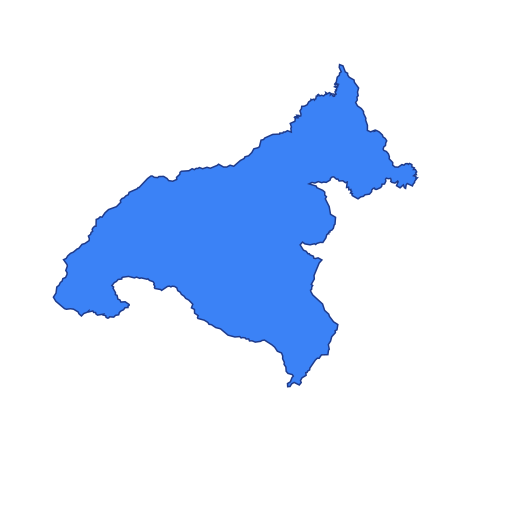 Pua, Nan, Thailand (Natural Earth projection), rotated 232°
{"feature_id": "78962969B90193228805954", "entity_name": "Pua", "entity_type": "district", "adm_level": 2, "iso_a3": "THA", "parent_name": "Thailand", "parent_adm1": "Nan", "projection": "natural_earth1", "projection_center": [100.983, 19.171], "detail": "fine", "context": "isolated", "style": "filled", "palette": "blue", "viewbox_px": 512, "rotation_deg": 232, "n_neighbors": 0, "source": "geoboundaries", "source_scale": "gbopen_adm2", "svg_char_len": 6142}
<svg xmlns="http://www.w3.org/2000/svg" viewBox="0 0 512 512"><g transform="rotate(232 256 256)"><path d="M371.6,102.1L365.4,101.8L364.1,101.0L361.7,97.2L359.2,96.9L357.8,95.7L356.3,92.7L357.1,89.9L355.6,87.8L355.6,85.5L354.2,82.8L354.2,79.9L349.9,75.6L348.3,71.0L343.6,70.4L332.4,72.7L330.8,73.8L328.7,77.3L326.4,79.5L321.4,81.4L319.5,80.9L316.2,81.5L316.7,84.9L315.6,88.4L315.8,90.6L314.9,89.8L313.1,93.6L311.5,93.3L310.2,94.8L308.9,94.2L307.0,94.7L304.0,100.2L303.6,99.2L301.5,100.8L300.0,100.1L298.4,100.8L297.9,101.7L298.2,103.2L295.4,106.3L295.7,108.8L294.2,111.6L295.6,113.5L295.8,115.9L295.2,118.5L295.9,121.0L294.2,123.4L295.3,124.3L295.2,125.6L295.9,126.2L300.5,124.7L302.9,121.2L305.2,121.7L307.1,120.6L310.5,122.3L312.1,121.4L313.6,122.7L318.6,123.5L319.2,124.7L321.4,124.2L322.3,128.0L321.9,130.3L322.4,132.9L320.5,136.0L321.5,137.1L321.3,138.0L318.4,143.0L313.6,146.7L312.9,148.9L310.0,150.6L309.5,152.0L304.8,155.8L304.6,156.8L302.4,157.0L299.2,159.1L297.0,158.9L296.5,157.9L294.5,157.7L293.6,156.4L292.6,156.4L288.3,160.2L287.0,160.4L286.5,167.5L285.6,169.2L284.0,169.9L283.8,171.4L282.1,173.1L279.7,174.0L276.9,173.0L274.1,174.0L271.7,173.6L268.5,174.6L265.9,174.5L262.7,175.9L256.9,176.5L254.9,173.2L251.8,174.6L248.8,172.4L244.7,173.7L243.4,171.9L242.5,171.8L237.3,175.7L233.3,177.2L231.1,176.9L229.4,178.6L224.4,180.2L220.5,183.2L210.9,185.2L205.2,189.5L202.5,193.6L200.6,193.8L199.9,195.4L198.0,197.1L196.6,197.1L195.2,199.2L193.1,198.6L191.6,200.7L188.6,202.4L185.9,207.1L185.8,208.6L184.6,210.9L176.1,213.9L172.7,214.6L167.8,214.2L163.9,216.4L160.8,215.5L158.6,213.7L154.8,212.9L153.3,211.4L150.1,211.2L146.6,208.8L143.8,208.9L140.2,211.6L138.4,211.5L138.0,209.5L135.7,205.6L136.1,202.3L133.5,200.5L132.2,202.5L133.3,205.3L132.9,208.2L127.7,210.7L128.4,213.7L130.5,214.4L131.7,217.3L131.1,222.0L133.4,223.4L132.8,224.6L133.5,225.9L133.2,228.1L134.5,229.4L137.5,238.8L137.7,241.4L136.5,242.8L137.8,246.7L134.0,251.9L137.2,255.2L137.4,256.3L141.7,258.5L143.0,262.3L145.8,266.0L146.7,271.4L148.4,272.3L148.0,274.4L151.6,278.3L156.4,276.6L163.2,276.7L165.4,277.5L170.9,276.6L177.2,278.9L190.4,276.7L194.2,277.3L195.5,277.9L195.5,279.3L197.4,281.0L197.8,282.5L199.6,282.1L202.0,287.8L204.9,289.7L211.6,301.5L212.3,305.5L216.3,303.8L217.5,301.1L218.8,300.2L220.5,301.1L223.6,299.3L225.0,299.4L225.6,298.4L228.9,298.4L231.4,297.0L237.6,297.6L238.3,301.2L235.4,302.0L231.5,305.5L229.7,309.6L228.3,310.1L228.5,311.5L227.2,315.0L225.5,317.0L227.2,322.2L229.2,324.8L229.3,326.7L228.8,327.0L230.0,327.9L229.4,329.0L230.3,329.9L229.7,331.7L230.2,334.0L232.4,336.8L232.4,337.8L237.5,342.5L243.0,340.4L249.9,344.1L258.4,345.8L259.3,348.0L261.7,347.7L264.0,349.5L266.7,349.0L272.4,346.0L274.0,346.5L280.2,342.2L279.5,345.4L277.2,347.4L276.3,350.9L273.3,352.9L272.6,354.9L270.8,356.6L270.2,361.2L271.3,362.4L271.4,364.7L270.5,366.0L267.0,366.7L266.3,367.9L263.9,367.7L261.9,370.7L258.7,371.6L258.1,373.4L254.2,369.5L253.2,371.3L251.0,369.9L250.0,371.7L249.0,370.9L248.1,371.2L247.5,369.2L245.8,370.4L245.3,369.3L244.2,369.1L238.2,371.6L238.1,375.0L236.9,377.3L237.1,379.6L234.9,383.5L235.5,386.7L236.8,387.9L237.1,390.0L236.5,391.2L235.2,390.9L234.2,392.1L233.2,396.4L233.7,398.2L235.0,399.4L233.6,401.6L235.1,404.5L236.8,405.3L237.1,406.6L235.4,407.9L234.3,409.8L232.5,409.2L231.9,408.1L230.4,408.4L227.9,410.4L227.8,413.8L227.0,413.7L224.9,410.0L221.0,411.5L221.3,415.9L218.4,415.0L217.2,415.5L219.5,418.0L220.0,419.8L214.9,422.4L216.1,424.5L216.2,426.1L217.2,426.9L218.3,431.1L218.9,430.0L220.3,431.0L222.2,429.6L222.3,431.2L221.4,432.5L223.2,432.9L223.3,434.4L226.0,434.8L227.2,433.3L228.0,435.0L230.2,433.7L232.1,435.1L234.5,433.9L234.4,432.5L235.4,432.4L236.7,430.7L236.5,428.5L238.2,427.3L238.5,422.7L240.6,420.3L243.4,419.6L245.5,421.3L250.6,420.8L252.1,422.2L254.9,423.2L258.0,423.1L260.6,421.7L262.0,422.0L263.4,424.1L263.3,426.0L265.3,427.9L266.2,429.9L269.1,430.2L271.6,429.4L273.6,430.1L277.8,429.5L280.8,428.2L281.4,426.2L282.0,427.0L283.3,422.7L286.4,421.1L290.4,424.3L295.7,426.1L296.9,427.4L302.1,428.5L303.7,429.7L307.3,429.8L311.7,428.4L315.6,429.0L316.6,431.9L319.1,433.4L319.4,435.2L322.7,436.9L325.2,440.3L332.3,440.5L334.4,441.6L339.4,439.5L342.1,439.6L343.6,440.7L346.1,439.7L352.3,441.6L355.4,439.7L353.4,437.7L348.7,436.6L348.7,434.5L347.1,433.0L346.9,430.1L343.6,426.3L343.0,423.8L342.2,423.8L342.0,425.7L340.8,426.5L341.0,425.1L339.9,425.6L339.0,424.3L341.0,422.9L341.0,422.1L339.0,423.2L337.6,422.0L337.8,420.9L336.8,421.0L336.7,419.3L334.2,418.7L334.3,417.9L335.7,416.9L334.1,416.8L333.6,416.2L334.2,415.2L337.3,415.3L337.2,413.9L338.2,414.9L339.5,414.5L339.9,412.2L341.8,411.6L340.2,410.9L340.7,410.3L340.5,407.9L342.3,406.6L342.9,404.9L344.9,404.7L345.0,403.7L344.1,403.1L344.9,402.0L343.0,399.8L343.4,398.7L342.9,398.1L344.1,397.9L344.7,396.1L345.6,395.8L344.8,394.8L345.0,392.4L343.7,389.5L344.3,386.3L345.8,384.2L344.1,382.5L343.3,380.0L340.1,378.8L338.8,377.5L339.5,376.1L340.3,376.4L341.8,374.8L339.0,374.3L339.6,373.3L341.1,373.4L341.7,372.6L341.6,371.6L340.2,371.7L338.2,369.6L339.4,364.6L335.7,363.3L335.3,362.2L331.9,360.1L335.4,357.9L335.7,355.4L336.8,353.9L336.4,352.8L338.2,350.4L337.5,349.7L341.5,344.1L343.6,335.5L343.1,333.7L344.2,331.3L340.0,326.0L340.1,324.2L341.8,320.3L340.1,316.4L339.5,311.9L341.0,308.3L340.1,306.7L340.9,302.6L340.4,293.7L343.5,291.5L344.1,287.7L346.1,285.2L351.4,283.0L351.3,281.2L353.3,274.0L356.1,272.0L357.6,267.7L360.6,265.8L360.7,264.2L361.9,262.8L362.0,260.6L364.1,259.4L364.5,255.6L368.7,249.4L368.7,247.6L367.3,246.3L366.9,241.8L365.1,240.7L366.2,236.4L369.2,233.6L371.9,233.6L375.6,232.2L378.4,228.4L378.3,226.8L380.6,224.3L382.9,223.5L383.7,222.5L383.8,218.2L381.9,205.9L382.5,205.2L382.1,203.8L384.3,195.2L382.9,193.1L383.5,190.6L383.1,187.8L383.8,185.9L383.3,183.3L381.6,182.5L380.8,176.4L383.4,168.4L383.0,163.6L381.4,158.6L382.8,157.3L382.5,154.7L383.2,152.6L378.0,148.3L378.8,147.1L378.5,144.8L377.9,143.3L376.0,142.5L376.1,140.6L374.9,139.0L374.9,136.2L372.4,135.4L370.9,134.0L371.2,128.8L372.3,126.1L371.1,120.9L371.7,119.4L371.5,114.4L372.3,111.5L372.0,107.7L370.9,104.9L371.6,102.1Z" fill="#3b82f6" stroke="#1e3a8a" stroke-width="1.5"/></g></svg>